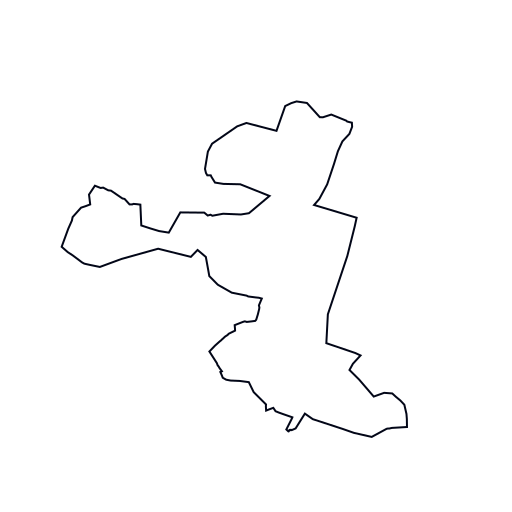 Tambuwal, Sokoto, Nigeria (Albers equal-area conic projection), rotated 285°
{"feature_id": "59680162B21010588258079", "entity_name": "Tambuwal", "entity_type": "district", "adm_level": 2, "iso_a3": "NGA", "parent_name": "Nigeria", "parent_adm1": "Sokoto", "projection": "albers", "projection_center": [4.75, 12.395], "detail": "fine", "context": "isolated", "style": "outline", "palette": "ink", "viewbox_px": 512, "rotation_deg": 285, "n_neighbors": 0, "source": "geoboundaries", "source_scale": "gbopen_adm2", "svg_char_len": 2527}
<svg xmlns="http://www.w3.org/2000/svg" viewBox="0 0 512 512"><g transform="rotate(285 256 256)"><path d="M409.6,314.1L409.5,311.3L409.5,309.2L410.1,308.1L412.1,292.1L407.3,284.7L406.6,281.7L417.0,265.6L415.8,255.2L412.8,250.5L408.4,245.4L382.2,243.4L382.0,212.3L376.4,204.3L353.1,184.5L344.4,182.5L326.9,184.2L323.2,186.2L321.3,188.1L322.2,191.4L320.7,192.7L316.3,197.4L317.2,205.8L321.2,222.2L317.5,253.5L295.5,238.1L292.2,230.7L288.3,213.3L283.6,203.4L284.1,201.4L282.6,198.9L284.5,194.8L278.5,171.6L256.0,165.7L255.0,155.9L255.3,146.8L255.8,137.3L275.7,131.0L275.2,127.4L274.6,124.1L273.8,123.1L273.1,120.5L277.1,114.3L277.1,113.5L277.0,112.1L281.6,99.0L281.2,96.3L281.7,94.1L282.5,90.7L281.5,88.3L282.2,82.2L272.1,78.8L262.9,82.5L260.1,78.6L257.4,74.5L246.1,68.8L242.6,69.0L233.8,67.6L214.6,65.9L211.0,73.2L209.2,78.7L206.4,85.7L204.8,89.6L204.2,92.0L204.2,93.2L204.4,97.8L205.0,108.0L218.3,126.8L237.0,158.4L237.7,159.6L237.8,165.8L238.3,193.3L246.7,198.0L242.1,207.8L230.9,213.1L224.5,216.1L218.8,225.8L218.3,226.8L216.5,233.7L214.3,242.1L215.3,257.2L214.9,258.9L215.9,266.4L216.4,269.5L216.4,272.6L209.1,271.6L207.1,272.6L205.4,272.8L199.8,272.9L194.6,272.7L194.1,272.5L193.1,272.0L192.2,269.8L191.8,268.9L189.9,264.1L190.0,263.0L190.0,262.8L189.9,261.9L189.0,260.5L188.2,259.4L183.7,253.3L180.4,254.5L178.5,255.1L173.8,249.7L173.0,249.4L171.9,248.6L170.4,247.2L169.7,246.7L168.7,246.1L167.9,245.6L167.4,245.3L166.6,244.7L165.6,244.2L164.3,243.2L158.8,239.6L151.7,235.7L142.4,245.9L140.3,247.4L140.1,247.9L139.5,248.6L138.3,249.8L135.8,252.9L134.7,251.6L134.0,252.2L131.6,254.1L129.8,255.4L128.8,259.2L129.1,263.6L131.1,272.6L132.3,281.7L123.9,289.0L115.2,304.1L113.5,304.4L109.3,305.8L109.6,306.2L111.1,308.2L113.8,312.0L113.4,312.5L111.1,315.1L111.1,315.3L110.7,318.4L110.3,323.1L109.6,332.9L109.4,332.9L106.7,332.4L96.3,330.2L95.0,332.6L95.0,332.9L95.2,333.0L95.5,333.1L95.8,333.2L96.1,333.1L96.5,333.3L96.7,333.5L96.6,333.8L96.5,334.0L96.7,334.3L97.0,334.3L97.2,334.8L97.1,335.1L97.0,335.3L97.0,335.5L99.7,338.9L116.4,344.0L113.1,353.1L111.4,384.4L110.5,396.4L111.2,414.6L122.9,426.9L123.5,428.1L123.9,429.5L125.1,431.7L129.9,446.1L137.6,443.9L142.4,442.2L150.7,437.8L153.8,432.8L156.2,427.6L158.5,423.2L157.0,415.2L150.7,406.1L163.4,387.5L170.1,375.8L177.0,377.5L187.0,382.7L188.0,377.0L190.0,346.5L218.3,340.5L279.6,344.2L310.2,343.7L319.0,343.3L320.3,298.9L327.5,302.4L343.6,306.2L364.9,307.5L378.4,308.0L389.1,309.8L398.1,314.6L405.7,315.4L409.6,314.1Z" fill="none" stroke="#020617" stroke-width="2"/></g></svg>